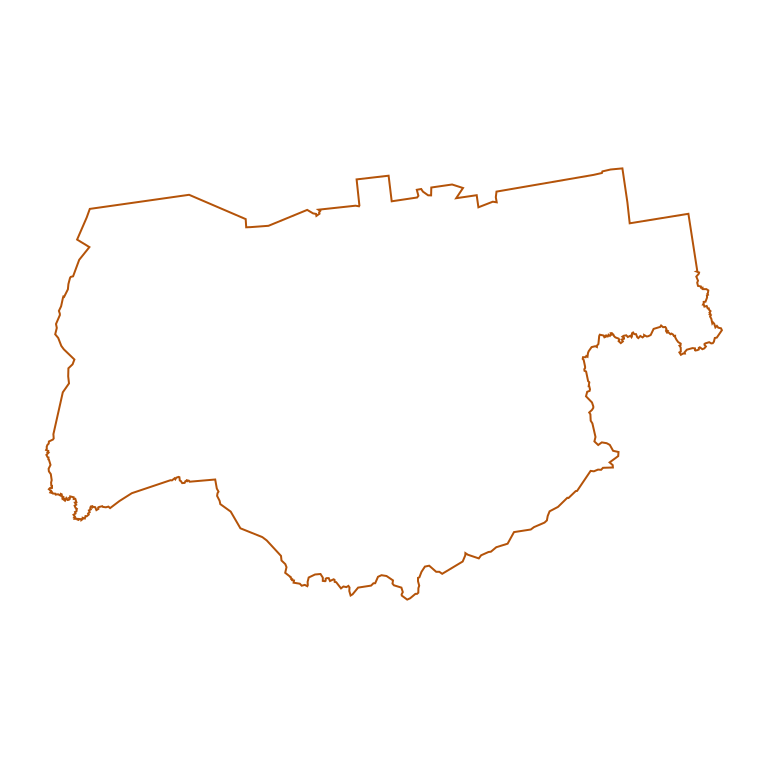 Drustu pag., Raunas, Latvia
{"feature_id": "27541924B75967933450312", "entity_name": "Drustu pag.", "entity_type": "district", "adm_level": 2, "iso_a3": "LVA", "parent_name": "Latvia", "parent_adm1": "Raunas", "projection": "orthographic", "projection_center": [25.916, 57.238], "detail": "fine", "context": "isolated", "style": "outline", "palette": "amber", "viewbox_px": 768, "rotation_deg": 0, "n_neighbors": 0, "source": "geoboundaries", "source_scale": "gbopen_adm2", "svg_char_len": 5994}
<svg xmlns="http://www.w3.org/2000/svg" viewBox="0 0 768 768"><path d="M697.3,271.2L688.4,213.8L629.7,223.3L627.4,202.4L622.4,168.4L610.6,169.5L602.4,171.4L601.9,173.0L593.5,174.9L496.5,191.6L495.8,197.2L496.7,202.3L492.8,201.7L478.4,207.3L476.7,195.2L456.2,198.2L463.0,188.0L452.1,184.5L431.3,187.5L431.1,195.4L428.1,195.3L422.9,191.6L421.2,189.0L416.8,189.8L418.4,195.8L417.1,197.5L391.7,201.3L388.6,175.7L356.6,179.4L359.4,205.5L359.0,206.3L355.5,205.7L318.4,209.7L320.2,211.0L319.1,212.4L319.5,213.7L316.4,215.9L316.0,213.9L313.1,213.4L307.2,209.9L268.5,225.8L250.9,227.1L246.2,227.3L245.7,219.1L189.1,194.8L89.8,208.9L86.7,217.5L77.1,239.6L89.4,247.1L79.2,259.8L73.1,276.3L70.7,276.9L70.0,278.0L68.4,284.1L67.9,289.3L64.1,296.9L63.4,296.5L63.0,297.6L61.1,306.3L58.9,310.9L59.8,313.5L59.9,315.0L56.0,324.0L56.8,327.9L55.2,334.3L58.2,337.9L61.3,345.9L63.8,349.3L74.4,359.5L72.6,364.3L68.4,368.3L68.2,376.4L69.0,383.4L62.8,392.3L53.4,434.2L53.7,438.4L53.0,439.5L48.9,441.5L48.7,443.6L47.4,444.9L46.7,446.8L46.8,448.6L46.1,450.0L48.3,450.9L48.3,451.8L47.7,452.3L48.5,452.7L46.4,454.9L47.7,457.3L48.5,457.5L48.4,459.4L48.9,459.6L50.5,464.9L48.6,468.8L48.9,471.4L50.8,474.1L51.7,480.2L51.1,482.5L51.3,485.7L52.0,485.8L52.0,487.9L49.9,488.1L48.9,489.2L50.7,490.7L50.9,491.6L50.3,492.5L51.9,493.0L52.0,492.2L52.8,493.5L55.4,493.7L55.7,494.6L58.1,494.3L60.4,495.5L60.8,493.9L61.7,494.3L61.9,496.1L63.2,496.9L62.3,497.9L62.5,498.7L63.5,498.0L64.4,498.9L63.9,499.8L65.0,500.7L66.3,498.1L67.6,500.0L68.8,499.8L69.7,499.0L69.8,498.3L69.1,497.9L70.1,497.3L70.2,496.4L73.7,497.3L73.7,499.0L75.3,498.8L76.4,502.3L74.9,502.6L76.2,504.7L74.6,505.7L75.5,507.8L76.8,508.8L76.4,509.3L76.7,509.8L76.4,511.4L75.0,512.0L75.5,513.5L73.5,514.8L74.9,516.6L74.1,517.6L75.2,518.0L74.7,518.8L77.7,518.9L77.6,519.6L78.5,519.9L79.2,519.0L81.2,519.2L81.3,520.1L82.2,519.4L81.7,519.0L82.7,518.6L82.7,517.8L84.8,518.5L85.5,516.1L86.7,516.3L88.7,514.6L88.1,513.5L89.7,512.2L88.9,510.4L90.8,509.4L90.2,508.2L90.8,506.5L92.2,506.2L92.5,507.4L93.4,506.8L95.2,507.2L96.4,510.1L98.4,508.9L98.2,507.5L99.0,507.0L102.3,506.2L102.9,506.9L105.9,507.3L108.4,506.6L110.1,508.1L119.5,501.0L131.8,493.2L170.5,480.2L171.9,480.4L174.6,478.3L175.3,479.3L176.3,477.7L178.6,476.9L179.4,477.2L179.8,480.5L180.8,481.0L182.2,483.1L184.6,482.9L185.5,481.1L187.1,481.2L187.0,480.3L188.9,480.7L189.7,481.7L215.2,479.5L216.8,488.5L218.5,491.7L217.5,493.2L217.1,495.9L219.6,500.8L220.3,504.1L230.7,511.6L240.4,528.3L262.3,537.1L266.7,540.4L281.0,555.9L281.5,560.5L285.3,564.1L286.5,567.2L285.2,572.8L290.7,577.1L290.5,577.5L291.6,578.6L291.4,579.2L292.3,579.4L292.2,580.2L294.0,580.5L293.6,582.7L299.8,583.7L301.7,585.7L304.8,584.9L307.3,586.2L307.8,585.2L307.6,581.9L308.7,577.5L315.0,574.5L320.5,574.0L322.8,577.6L322.8,580.9L325.1,581.2L325.6,580.8L325.7,578.7L326.8,578.1L328.7,578.1L330.0,581.0L333.6,579.3L334.5,579.8L334.7,581.9L336.2,582.2L341.0,588.4L343.4,586.5L346.4,587.1L348.4,585.9L349.5,587.5L349.3,591.0L350.6,595.5L352.6,594.3L358.1,587.6L371.1,585.6L373.4,583.3L375.2,583.2L378.0,576.8L381.5,575.2L386.5,576.0L393.0,580.4L392.5,583.6L393.9,585.3L401.4,587.6L402.8,592.1L401.6,594.4L401.8,595.6L407.2,599.6L410.1,598.3L415.4,593.9L417.0,593.9L418.3,592.7L418.4,588.1L419.2,585.7L418.0,581.2L418.0,577.9L419.4,577.3L421.5,571.8L424.9,566.6L429.2,565.7L436.2,571.8L439.3,571.8L442.2,573.8L462.7,561.5L465.3,555.3L465.4,553.1L467.8,554.7L478.8,558.4L481.1,555.3L488.5,552.0L490.9,551.7L496.3,547.2L507.6,543.7L514.0,532.1L530.8,529.5L534.0,527.1L544.5,522.6L546.9,520.4L547.7,516.0L549.6,511.3L558.0,506.9L567.3,497.8L568.5,498.0L575.7,491.1L577.1,490.9L590.6,470.9L593.9,471.3L598.0,469.6L601.1,469.8L603.0,467.8L612.9,467.5L612.7,465.1L609.6,462.4L618.2,456.1L618.5,452.0L613.1,450.8L609.8,444.9L606.7,443.2L601.8,442.4L598.2,445.0L594.4,441.4L595.5,437.0L592.4,423.4L590.7,420.7L590.4,414.3L589.2,412.5L592.1,409.8L593.3,407.8L593.3,406.4L592.0,402.5L586.0,396.3L587.2,391.8L589.6,390.9L590.0,389.3L589.2,386.1L588.7,386.1L589.3,382.3L588.1,381.1L586.1,371.5L584.5,370.8L584.3,369.2L585.1,368.0L585.1,366.7L583.7,360.0L582.7,358.9L583.0,357.2L585.7,357.2L586.3,356.0L587.5,356.7L588.0,353.0L588.7,351.2L591.6,347.1L595.3,346.2L596.9,347.0L597.0,345.6L598.4,344.0L599.2,336.0L599.8,334.7L603.5,335.5L604.4,337.3L605.4,336.9L605.6,335.6L606.1,335.4L607.2,336.5L607.9,336.4L608.5,334.8L609.9,335.9L611.0,334.5L610.7,333.2L611.8,333.1L612.1,333.4L611.7,334.7L613.3,334.5L614.1,336.2L615.4,337.4L618.6,338.6L619.3,339.8L618.6,341.1L620.8,343.1L622.9,341.4L621.8,339.5L624.0,338.7L624.0,337.9L622.4,336.7L623.6,335.8L626.3,335.3L627.8,337.0L630.5,335.7L631.5,337.2L631.9,336.5L632.0,333.3L633.1,332.5L634.2,334.1L636.0,334.1L637.3,337.3L638.3,338.1L640.3,336.0L642.6,337.4L644.3,335.9L644.2,335.1L646.8,336.5L648.3,336.2L650.7,335.0L653.6,328.9L660.2,326.9L661.1,325.5L663.1,327.2L665.3,327.0L666.2,328.3L666.4,329.4L666.1,330.1L667.4,330.7L666.3,331.5L667.1,332.7L668.2,332.1L670.4,334.2L671.5,333.6L673.1,334.6L673.9,336.0L675.1,335.8L675.1,337.1L676.4,339.6L678.2,342.1L680.7,343.6L680.5,345.3L679.5,345.7L680.7,347.5L680.8,351.6L679.4,352.4L680.9,354.8L683.1,353.5L684.9,353.5L684.6,352.3L686.8,349.7L692.5,348.1L695.0,348.4L695.0,350.2L695.4,350.5L697.5,350.1L698.8,349.5L698.8,347.9L699.8,347.3L702.4,349.2L704.3,348.4L705.9,346.5L704.5,344.8L704.5,344.0L705.3,343.4L709.2,342.2L711.2,343.4L712.8,343.2L713.9,341.7L714.8,338.0L716.8,337.6L721.9,330.2L721.0,328.3L718.3,327.7L716.9,325.9L715.4,327.4L714.2,323.7L713.0,322.4L712.3,323.4L711.3,318.7L710.1,316.6L710.9,315.1L709.6,314.4L710.2,313.4L709.5,312.6L710.5,311.1L709.1,309.8L708.8,308.4L707.7,308.4L706.7,306.0L704.4,306.6L703.8,304.7L703.0,304.6L703.7,303.3L703.7,301.9L705.5,301.7L707.1,297.4L706.9,295.4L708.0,294.8L707.4,293.7L707.9,293.1L708.3,290.4L706.3,289.1L702.7,289.1L702.3,288.8L702.5,287.7L701.0,287.7L700.9,286.5L698.0,285.9L697.2,282.7L698.0,280.7L696.3,276.6L698.8,273.7L699.1,272.5L696.5,271.5L697.3,271.2Z" fill="none" stroke="#b45309" stroke-width="2"/></svg>